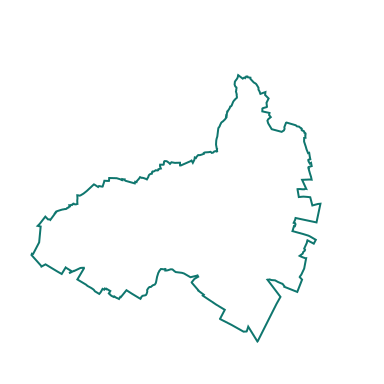 outline of Oradea, Bihor, Romania, rotated 290°
{"feature_id": "2599482B8736220817174", "entity_name": "Oradea", "entity_type": "district", "adm_level": 2, "iso_a3": "ROU", "parent_name": "Romania", "parent_adm1": "Bihor", "projection": "albers", "projection_center": [21.942, 47.075], "detail": "fine", "context": "isolated", "style": "outline", "palette": "teal", "viewbox_px": 384, "rotation_deg": 290, "n_neighbors": 0, "source": "geoboundaries", "source_scale": "gbopen_adm2", "svg_char_len": 5932}
<svg xmlns="http://www.w3.org/2000/svg" viewBox="0 0 384 384"><g transform="rotate(290 192 192)"><path d="M268.9,288.7L268.2,287.8L271.3,285.0L273.4,283.5L277.7,280.1L281.2,278.9L281.8,280.1L282.5,279.7L283.7,279.3L284.2,278.9L284.6,279.1L285.8,278.7L286.1,278.3L286.0,277.5L286.1,277.3L286.8,277.0L287.5,276.2L287.6,275.7L287.4,274.9L287.5,274.4L287.8,273.8L288.1,273.7L288.7,273.7L289.0,273.5L289.1,273.3L289.1,272.9L289.4,272.5L289.3,272.1L290.0,270.3L289.6,268.0L290.2,266.7L289.6,257.1L289.2,256.7L284.5,256.6L283.0,257.4L281.3,257.3L279.2,255.7L278.3,245.4L282.6,240.1L284.8,238.5L286.4,238.7L289.3,240.4L290.7,238.1L292.8,237.8L291.8,230.5L294.5,229.6L295.1,230.0L296.8,232.4L297.3,233.1L297.7,233.3L301.3,231.5L306.1,232.0L308.2,227.5L311.0,226.8L307.6,222.7L308.6,221.8L309.4,221.3L310.9,219.5L312.7,218.8L314.6,216.5L315.5,215.2L315.8,214.2L315.9,213.2L316.3,212.1L318.3,208.2L319.4,207.8L318.9,205.3L319.5,204.7L319.4,204.1L319.0,203.5L318.8,203.6L318.4,203.4L318.1,203.0L317.8,203.2L317.3,203.0L317.6,202.5L317.2,201.8L315.9,200.9L317.6,195.4L317.3,195.4L316.0,195.7L314.6,195.7L313.2,195.4L311.4,194.8L310.0,194.6L308.9,195.0L307.9,195.1L306.9,195.8L306.1,196.5L305.5,197.7L305.4,198.0L304.8,198.3L303.1,198.6L302.7,198.8L301.5,198.9L299.0,200.7L298.5,200.7L296.7,201.7L296.0,201.9L295.6,201.8L294.1,200.9L293.3,200.7L292.4,200.2L290.6,199.8L286.9,199.7L285.9,199.4L285.4,198.7L285.1,198.7L283.5,198.7L280.9,198.1L280.3,197.8L280.3,198.0L278.1,197.8L276.0,198.4L275.9,197.9L274.4,198.2L274.5,198.7L274.0,198.9L271.4,198.1L269.4,197.1L269.2,197.1L267.8,196.1L267.2,195.8L264.5,195.5L263.2,195.5L262.1,195.3L261.7,195.0L260.6,195.0L252.8,196.8L250.5,196.9L248.6,197.2L245.3,198.2L244.7,198.4L240.4,200.9L240.2,200.8L240.4,201.0L239.7,201.2L238.8,201.7L238.6,201.5L238.5,201.4L238.4,201.2L238.5,200.6L238.5,200.2L238.4,200.0L237.6,199.0L236.3,198.4L235.5,197.2L236.1,195.7L235.1,194.0L233.7,190.8L233.2,190.1L232.6,189.7L232.0,190.1L230.7,188.6L229.4,186.9L229.2,186.4L229.0,185.6L228.7,185.1L228.1,184.9L226.8,184.3L225.3,184.1L225.4,182.8L223.2,183.2L219.7,182.8L221.4,180.8L220.3,179.9L213.1,172.4L212.9,171.7L215.4,170.7L213.5,165.9L212.9,162.5L210.9,161.7L211.6,160.2L212.2,158.1L212.2,157.4L212.1,156.8L211.8,156.3L211.6,155.6L210.9,155.4L208.1,156.0L207.8,155.7L206.8,152.7L206.2,152.8L205.2,153.2L203.4,154.7L202.8,153.7L201.8,152.6L201.1,152.8L200.8,152.7L200.4,152.1L200.0,150.4L198.9,149.6L198.1,148.9L197.9,148.5L197.8,147.9L197.0,147.7L196.9,147.8L195.4,148.0L194.8,146.8L193.5,145.9L192.4,145.7L191.2,145.8L188.4,145.3L188.6,144.0L188.5,143.3L188.6,142.7L188.4,140.5L188.1,140.0L188.2,138.1L186.5,137.7L183.5,136.5L182.3,136.5L182.2,135.1L180.5,135.3L179.8,125.8L180.0,125.0L180.2,124.7L180.8,124.4L180.6,124.1L180.3,122.1L179.3,122.5L179.2,121.9L179.5,121.8L179.2,116.5L177.2,110.5L176.8,109.4L174.1,110.2L173.8,109.7L172.6,105.8L170.9,106.0L167.6,106.1L166.6,106.2L166.4,106.0L166.2,105.1L165.8,102.6L164.6,102.1L165.6,97.7L165.6,97.2L157.0,92.8L153.4,90.6L150.7,88.4L150.1,87.6L149.9,85.9L149.7,85.3L147.0,86.5L144.7,87.1L142.5,88.0L141.6,88.4L141.4,87.9L140.8,87.4L140.4,86.4L140.3,85.3L140.6,84.9L140.6,84.7L140.4,84.4L140.1,84.3L139.7,84.0L139.2,84.0L138.7,83.7L138.6,82.9L138.0,82.2L137.6,81.3L136.7,82.2L136.2,81.5L135.8,81.4L135.3,81.4L135.1,81.3L134.7,80.6L134.2,80.1L133.6,80.0L133.2,79.7L132.7,79.0L132.4,78.2L131.8,77.3L131.2,76.2L130.1,74.7L127.7,71.6L126.2,71.1L126.4,70.8L124.6,70.3L124.4,70.5L117.3,68.4L117.6,67.7L117.0,66.1L118.7,62.6L110.0,59.8L107.4,58.6L107.8,61.6L92.4,65.6L79.5,63.9L79.3,63.3L79.3,62.7L77.9,62.7L70.9,75.7L70.6,75.8L70.4,76.0L73.9,79.1L71.2,92.9L70.4,97.6L77.9,99.1L77.7,99.6L76.4,106.0L73.6,104.3L77.5,108.0L77.4,108.2L82.3,113.0L82.8,113.8L83.8,116.3L83.3,116.6L70.6,114.2L68.7,124.1L68.0,125.9L67.3,130.4L66.6,133.0L65.5,134.7L64.5,139.7L65.5,140.1L66.8,140.5L70.4,141.1L70.2,142.9L71.5,143.1L71.3,144.7L71.8,144.8L71.0,149.1L68.5,148.6L68.5,149.1L67.7,149.4L67.5,150.3L66.9,151.7L66.6,154.4L67.3,154.6L66.7,157.2L66.7,158.5L66.5,160.0L69.0,160.5L68.9,161.1L77.3,164.0L75.9,170.2L74.3,178.3L74.0,180.1L75.0,180.3L75.5,180.2L76.4,180.5L77.5,181.0L79.0,183.5L79.4,183.9L80.8,184.2L82.6,184.1L83.2,184.0L84.5,183.4L84.9,183.4L86.6,183.8L87.8,184.3L88.2,184.6L88.7,185.8L90.8,187.0L92.3,188.7L93.8,189.1L95.3,189.0L100.3,188.2L104.6,188.0L105.6,188.2L106.0,188.3L106.9,188.3L107.7,188.7L109.0,189.1L109.5,190.9L109.7,192.2L110.5,193.0L110.5,193.4L109.1,193.8L109.6,195.1L110.3,196.2L112.0,198.3L112.5,199.7L112.5,200.3L111.6,202.6L111.2,204.1L112.6,210.2L112.7,212.4L111.4,219.7L114.7,224.7L115.5,225.7L114.5,226.8L111.9,224.6L110.9,223.9L107.0,222.6L106.6,223.0L101.4,232.3L101.3,232.2L99.5,238.2L98.3,237.6L94.5,253.1L92.5,263.1L82.8,261.8L82.4,261.7L82.2,261.9L80.6,274.9L78.4,288.2L79.6,291.0L80.0,291.1L84.7,290.9L73.9,304.6L74.3,304.8L115.8,309.7L123.7,311.0L135.4,292.9L135.6,293.2L135.7,293.7L136.4,294.9L136.4,296.7L137.4,300.3L136.9,303.3L136.6,308.0L136.7,308.4L135.1,311.0L134.5,311.1L134.1,325.1L147.3,325.4L148.9,322.3L149.4,322.3L151.8,323.0L158.4,323.6L168.8,321.9L168.6,321.5L168.5,319.0L168.6,316.6L168.8,315.0L172.0,317.1L172.7,317.1L173.5,317.0L175.4,318.0L176.4,318.0L176.6,317.8L177.1,316.8L177.3,316.8L183.5,317.3L185.1,317.0L186.1,317.0L185.1,324.1L189.4,324.7L190.6,318.2L190.8,316.4L190.5,310.5L189.6,299.8L194.8,299.5L194.8,300.1L195.1,300.1L195.2,300.4L197.1,300.3L198.0,299.5L198.0,299.3L197.8,299.2L197.7,298.9L197.8,298.7L197.8,298.1L201.0,298.4L203.0,298.2L206.0,319.4L224.9,316.7L223.8,314.4L220.5,309.7L227.5,304.9L227.0,302.7L226.0,299.1L225.7,298.1L223.8,294.1L230.5,290.3L230.8,290.2L231.8,292.7L232.2,294.4L232.9,296.5L233.9,297.7L234.0,298.3L241.1,291.3L243.9,298.1L244.5,300.2L246.9,298.7L249.6,296.6L253.2,294.0L253.8,293.9L253.8,293.6L254.6,293.0L255.3,293.0L257.3,295.6L260.1,293.9L259.0,293.0L260.6,291.1L261.8,290.3L262.3,290.5L263.2,292.0L266.0,290.3L268.9,288.7Z" fill="none" stroke="#0f766e" stroke-width="2"/></g></svg>